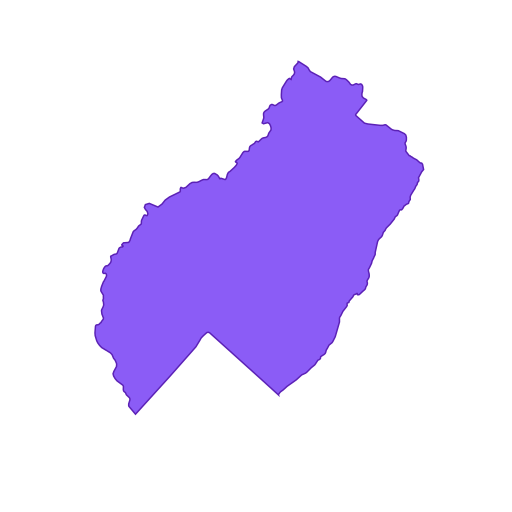 an SVG outline of Mendoza, rotated 42°
{"feature_id": "ARG-1275", "entity_name": "Mendoza", "entity_type": "Province", "adm_level": 1, "iso_a3": "ARG", "parent_name": "Argentina", "parent_adm1": "", "projection": "natural_earth1", "projection_center": [-68.979, -34.756], "detail": "fine", "context": "isolated", "style": "filled", "palette": "violet", "viewbox_px": 512, "rotation_deg": 42, "n_neighbors": 0, "source": "natural_earth", "source_scale": "10m", "svg_char_len": 6049}
<svg xmlns="http://www.w3.org/2000/svg" viewBox="0 0 512 512"><g transform="rotate(42 256 256)"><path d="M171.5,153.0L169.7,148.8L169.1,147.8L167.2,146.1L166.3,145.1L165.8,143.9L165.8,142.4L166.8,138.3L166.6,136.9L166.0,135.7L165.7,134.6L166.1,133.1L166.9,132.4L168.8,131.9L169.6,131.3L170.1,130.2L170.6,127.2L171.1,125.9L172.0,124.0L172.0,123.1L171.2,122.4L169.9,121.9L168.9,121.3L167.0,119.3L163.9,115.4L163.0,113.3L161.6,105.6L161.5,104.0L161.7,102.7L161.8,102.1L162.1,101.6L163.5,101.5L164.0,101.3L162.8,99.4L162.7,98.2L162.8,96.9L162.7,95.4L162.0,93.9L161.1,93.1L158.8,91.8L157.8,89.6L157.9,84.4L157.1,83.2L157.8,82.9L166.7,81.4L169.0,81.4L170.4,82.0L173.0,82.6L184.3,79.8L191.0,79.4L191.4,79.3L192.1,78.8L192.5,78.5L192.8,78.2L193.2,77.5L193.4,76.7L193.5,75.8L193.3,71.8L193.4,71.4L193.7,70.6L194.3,69.7L194.6,69.5L195.5,69.0L199.0,67.8L200.3,67.2L200.9,66.8L202.4,65.6L203.5,64.8L203.8,64.7L205.3,64.5L208.5,64.6L211.4,65.2L212.9,64.8L213.2,64.5L213.7,64.0L213.9,63.7L214.7,61.7L215.1,61.0L215.3,60.8L216.1,60.5L216.7,60.3L217.1,60.1L217.5,59.9L218.4,58.3L219.1,57.9L219.6,57.8L220.6,58.0L221.3,58.3L221.9,58.7L222.6,59.4L225.0,62.4L225.6,63.7L226.4,64.9L227.5,66.0L228.3,66.5L230.2,66.7L233.0,66.0L233.8,66.0L234.1,66.1L234.2,66.4L235.4,84.1L235.8,84.6L236.3,84.8L247.7,84.7L250.7,83.1L260.9,75.8L262.8,74.1L263.6,72.8L264.1,72.1L264.8,71.6L271.8,71.2L273.0,70.9L275.1,69.9L277.4,68.0L278.0,67.6L284.4,65.8L286.4,65.9L288.4,67.2L289.9,68.9L290.6,69.9L291.1,72.2L291.8,72.9L294.0,74.1L294.8,74.7L295.5,75.5L296.9,77.6L297.3,77.9L302.7,78.9L303.7,78.4L304.1,78.4L304.5,78.5L305.5,78.1L306.0,78.1L307.6,77.9L311.1,77.0L314.9,77.0L315.7,76.9L316.3,76.7L316.9,76.1L318.4,76.4L322.7,79.6L322.8,82.5L324.4,89.1L325.7,90.1L326.3,90.7L326.8,91.5L326.9,92.1L326.8,93.2L327.0,93.7L327.4,94.2L327.7,94.8L327.9,95.4L328.1,97.4L328.9,99.5L329.1,100.5L329.2,101.5L330.3,107.3L330.7,108.2L331.1,109.0L331.8,109.8L332.4,110.3L332.9,110.9L333.0,112.1L333.3,113.4L333.8,114.2L334.1,114.9L333.1,117.1L332.8,119.1L332.6,119.7L333.3,122.6L333.3,124.3L332.4,125.0L332.1,125.9L332.6,127.8L333.7,130.9L333.7,131.7L333.4,133.0L333.3,133.8L333.5,134.6L334.0,136.0L334.4,142.4L334.1,148.0L334.5,149.9L334.8,150.6L334.8,153.2L336.2,156.4L336.4,157.8L336.1,160.9L336.2,162.2L336.7,163.9L342.2,173.6L343.3,174.8L343.7,175.5L344.4,178.0L344.7,178.6L345.5,181.8L346.8,184.2L348.2,189.0L348.4,190.3L348.8,191.2L349.8,192.1L351.9,193.5L352.8,194.3L353.7,195.3L354.4,196.6L355.0,199.8L355.7,200.8L356.7,201.4L357.4,202.2L357.9,203.2L358.3,205.4L359.2,207.2L359.3,208.3L359.0,210.5L358.7,214.2L358.5,215.7L357.7,216.7L357.2,216.8L356.5,216.2L356.1,216.2L355.9,216.6L355.7,217.5L354.9,218.9L354.8,219.8L355.3,221.6L355.4,227.1L356.1,228.4L355.3,229.9L355.8,230.8L356.8,231.6L357.2,233.0L357.6,239.0L358.9,243.5L359.1,245.1L359.5,246.2L362.2,249.2L368.9,263.0L370.3,268.1L370.5,269.6L369.9,273.3L370.1,274.2L370.8,276.9L371.0,278.1L371.2,279.0L372.3,281.1L372.6,282.2L372.5,283.5L371.4,287.5L372.0,288.4L372.4,289.0L372.5,289.5L372.4,290.4L371.7,292.1L372.4,296.5L372.5,297.7L371.8,302.1L371.5,308.4L371.2,309.9L369.5,313.8L368.8,321.0L366.3,332.1L365.8,337.3L365.1,340.6L365.1,341.7L365.4,344.0L365.7,344.2L340.5,344.1L272.8,344.1L271.6,344.6L270.7,345.7L270.2,350.4L270.1,353.2L270.2,354.4L270.5,355.3L272.1,363.7L272.5,403.1L272.3,454.2L262.2,452.8L261.3,452.2L260.3,451.0L258.6,447.3L257.7,446.4L256.7,446.0L252.9,445.9L252.3,445.8L251.1,445.2L250.4,444.9L248.6,445.0L248.0,444.9L246.9,444.2L244.7,441.6L243.6,441.1L236.3,441.8L233.4,441.4L230.6,440.5L228.6,439.2L227.6,436.9L226.3,431.5L224.7,429.5L223.7,428.9L221.0,427.7L218.6,427.3L215.0,425.6L212.6,425.4L202.6,427.3L199.6,427.1L196.7,426.5L194.4,425.6L189.8,422.8L187.8,420.9L183.7,415.6L183.4,414.7L183.6,413.9L184.6,412.8L185.0,412.0L185.1,411.3L185.1,409.9L185.4,409.1L185.0,408.2L184.8,405.2L184.0,404.0L183.1,403.7L182.1,403.1L180.4,402.3L178.2,400.4L177.6,399.8L177.3,399.2L176.5,396.4L176.0,395.1L175.4,394.1L173.4,392.3L172.1,391.6L171.8,391.3L171.0,389.6L169.8,388.4L169.0,387.4L168.7,387.2L164.4,385.9L163.8,385.5L163.6,385.3L162.8,384.3L161.6,381.9L159.9,377.3L159.8,376.2L158.5,371.4L158.0,370.5L157.3,369.9L156.9,369.7L156.4,369.5L156.0,369.6L155.6,369.6L155.4,369.8L154.7,370.7L154.4,370.9L154.1,371.0L153.3,370.8L153.0,370.6L152.5,370.1L151.9,369.0L151.2,367.2L151.0,365.9L150.9,364.7L151.1,364.0L151.2,363.6L152.0,362.8L152.2,362.5L152.3,362.0L152.4,361.2L152.4,359.1L152.3,358.3L152.2,357.8L151.7,356.7L151.5,356.4L150.7,355.4L148.5,353.8L148.2,353.3L148.6,352.4L149.3,350.1L149.7,349.4L150.6,348.3L151.0,347.4L150.8,346.3L149.1,342.0L149.1,341.2L149.6,339.8L149.9,339.4L150.3,339.0L150.7,338.6L150.8,338.0L150.4,337.5L149.1,337.7L148.7,337.4L148.7,334.9L152.3,331.1L152.0,328.8L151.2,327.3L148.5,320.1L148.5,319.0L149.1,316.4L149.1,315.0L148.7,312.2L149.3,309.3L148.8,308.2L147.9,307.3L147.1,306.1L145.7,301.4L145.6,300.3L146.2,299.7L147.4,299.4L148.1,298.7L147.4,297.0L145.4,295.7L142.8,295.4L140.5,294.6L139.4,291.8L141.5,288.3L150.4,285.2L151.4,280.3L151.1,275.2L152.2,270.1L156.6,259.2L156.3,258.3L155.6,257.7L154.8,256.7L154.3,255.4L154.7,255.0L155.6,254.8L156.8,254.1L158.0,251.9L158.5,246.5L159.3,244.1L160.4,242.9L162.8,240.8L163.7,239.3L165.0,235.9L165.8,234.3L168.5,232.0L169.0,230.7L168.9,229.1L168.7,227.0L168.6,224.9L169.0,223.3L170.0,222.3L172.9,221.7L174.2,221.8L175.3,222.1L177.4,222.8L177.7,222.5L177.8,222.1L177.9,221.7L181.9,219.9L182.1,219.2L181.7,217.5L180.2,214.7L179.9,213.8L179.6,212.6L179.6,211.9L179.9,211.3L180.1,210.3L180.6,204.9L180.6,201.6L180.0,199.7L178.9,199.4L178.0,199.8L177.5,199.5L177.5,197.6L178.1,194.8L178.1,193.6L177.1,188.0L177.2,186.5L177.6,185.7L179.5,184.1L180.3,183.3L180.3,182.2L178.7,179.9L178.2,178.7L178.3,177.4L179.5,173.3L179.4,172.6L179.3,172.0L179.2,171.4L179.4,170.6L179.7,170.3L180.9,169.8L181.3,169.6L181.5,168.7L181.7,165.5L181.9,164.3L182.5,163.2L184.0,161.2L184.4,160.1L184.4,158.7L183.3,156.2L182.8,152.3L181.5,150.7L179.6,149.5L177.6,148.7L175.5,149.0L173.1,152.7L171.5,153.0Z" fill="#8b5cf6" stroke="#5b21b6" stroke-width="1.5"/></g></svg>